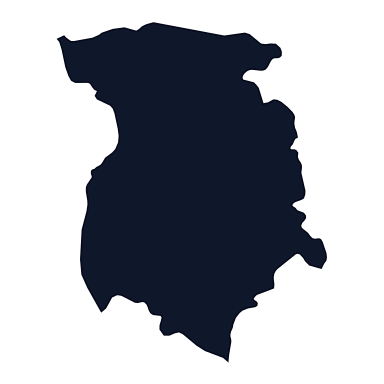 the County of Marijampoles
{"feature_id": "LTU-1070", "entity_name": "Marijampoles", "entity_type": "County", "adm_level": 1, "iso_a3": "LTU", "parent_name": "Lithuania", "parent_adm1": "", "projection": "mercator", "projection_center": [23.274, 54.666], "detail": "fine", "context": "isolated", "style": "filled", "palette": "ink", "viewbox_px": 384, "rotation_deg": 0, "n_neighbors": 0, "source": "natural_earth", "source_scale": "10m", "svg_char_len": 2729}
<svg xmlns="http://www.w3.org/2000/svg" viewBox="0 0 384 384"><path d="M137.5,302.3L135.1,302.0L121.7,295.1L117.0,294.4L111.5,297.0L111.2,297.6L105.5,308.0L101.4,311.5L88.0,287.6L82.1,274.4L80.8,259.5L82.4,229.7L87.2,211.5L88.2,204.5L88.0,200.3L86.6,191.6L86.6,187.6L87.5,185.0L92.4,177.7L92.5,176.2L91.9,174.5L91.5,172.6L91.9,170.8L92.7,170.1L94.6,169.6L96.9,167.6L100.8,165.5L102.6,163.4L105.7,158.2L112.6,153.1L115.9,149.5L118.8,142.7L119.4,135.9L118.5,128.8L115.2,113.2L113.4,108.3L110.6,105.1L97.4,98.8L95.5,95.8L98.0,90.6L95.0,89.4L92.9,87.0L91.3,84.4L89.9,82.8L87.8,82.1L75.3,82.2L71.6,80.2L69.0,75.5L66.0,66.9L62.3,49.3L59.9,41.6L57.8,39.1L64.0,36.2L65.8,38.2L69.8,41.2L71.1,41.7L74.0,41.8L92.8,38.4L99.5,35.4L102.0,33.4L113.1,29.6L124.4,28.1L136.5,31.5L139.7,29.4L142.4,26.9L146.6,24.9L153.5,23.0L224.2,36.3L244.8,33.4L249.3,34.8L260.8,44.3L265.6,44.9L270.7,44.2L275.6,44.5L279.8,48.3L281.1,51.8L281.0,55.4L279.3,57.0L277.7,57.4L274.8,57.5L273.4,57.8L272.3,58.4L271.3,59.3L269.9,61.4L267.4,66.3L266.1,68.0L264.8,69.2L263.1,69.8L261.1,70.0L251.5,69.0L249.0,69.5L246.7,70.6L245.1,71.9L243.4,73.6L242.1,76.0L241.8,78.0L242.7,80.2L253.6,83.0L256.1,85.6L258.1,88.2L263.0,104.1L268.4,103.0L273.7,100.1L277.0,100.5L281.0,102.5L287.0,107.4L291.9,112.4L293.5,114.8L294.3,116.9L294.1,119.1L293.7,121.5L293.6,123.6L294.3,128.0L295.7,131.2L296.3,133.1L297.1,137.2L294.6,138.5L294.1,139.6L293.2,141.3L292.3,143.7L289.9,146.6L289.6,148.5L290.3,149.8L291.9,150.1L294.1,150.0L295.8,150.6L297.5,152.9L297.1,157.0L297.9,159.4L299.0,161.4L299.9,162.5L301.1,165.1L301.2,168.0L300.6,172.8L304.7,190.7L304.5,194.5L303.3,197.9L301.2,199.2L295.6,201.2L293.3,202.4L291.8,204.4L291.7,205.9L292.7,207.0L294.1,207.8L295.3,208.7L296.1,209.9L297.2,211.0L303.5,213.4L305.3,215.9L305.3,218.0L303.7,220.3L301.7,222.4L300.5,225.2L300.8,227.5L302.4,229.3L307.4,233.3L310.0,236.8L312.3,238.9L314.9,239.5L319.0,239.0L320.5,239.7L322.0,242.2L325.8,253.5L326.2,257.5L325.7,260.3L323.8,262.9L322.6,265.1L321.2,268.1L309.7,264.9L305.6,260.8L303.7,257.5L300.1,253.7L297.7,253.0L295.6,253.5L276.9,268.5L275.1,270.6L273.6,273.5L273.0,276.9L273.1,279.9L273.6,283.9L273.6,285.2L273.3,287.9L256.5,294.3L254.4,296.3L252.7,298.9L253.8,300.4L256.5,302.3L257.0,303.4L256.7,305.4L254.8,306.5L247.8,307.7L242.3,309.9L239.1,312.5L235.2,317.5L232.7,324.1L232.1,327.4L230.3,331.5L229.7,334.1L229.7,336.7L230.4,339.3L230.6,341.7L228.5,354.0L227.8,360.9L227.8,361.0L223.4,357.2L205.4,350.4L197.0,345.1L183.2,333.6L179.1,331.6L174.6,332.6L169.3,334.9L164.2,334.9L160.2,329.3L160.3,325.2L161.6,320.9L162.4,317.3L161.0,315.2L153.3,314.3L150.8,312.6L149.4,310.1L148.4,307.1L147.2,304.2L144.8,301.8L142.5,301.2L137.5,302.3Z" fill="#0f172a" stroke="#020617" stroke-width="1.5"/></svg>